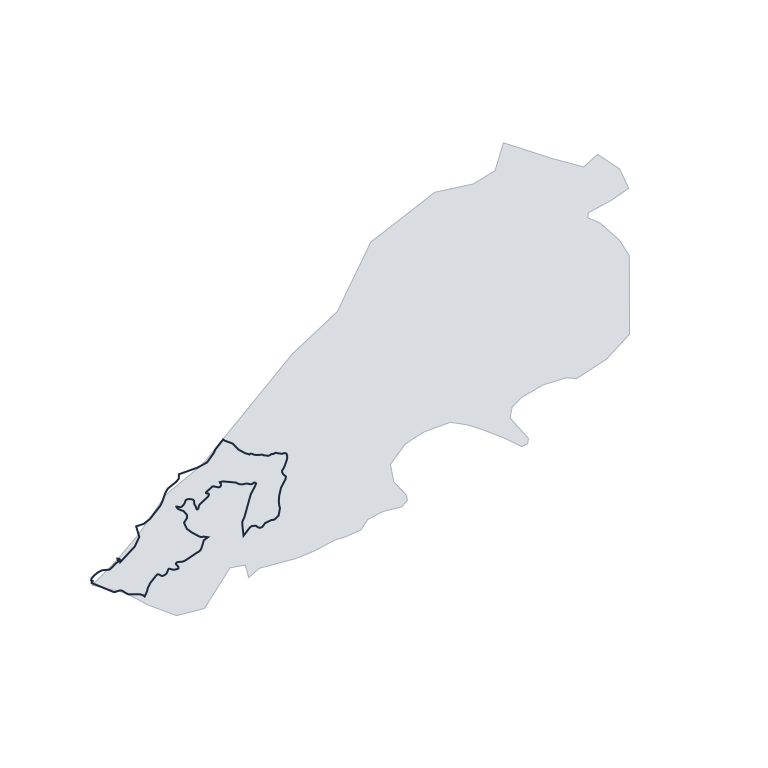 where South Lebanon sits in Lebanon, rotated 18°
{"feature_id": "LBN-3060", "entity_name": "South Lebanon", "entity_type": "Province", "adm_level": 1, "iso_a3": "LBN", "parent_name": "Lebanon", "parent_adm1": "", "projection": "albers", "projection_center": [35.407, 33.345], "detail": "fine", "context": "in_parent", "style": "outline", "palette": "slate", "viewbox_px": 768, "rotation_deg": 18, "n_neighbors": 0, "source": "natural_earth", "source_scale": "10m", "svg_char_len": 4210}
<svg xmlns="http://www.w3.org/2000/svg" viewBox="0 0 768 768"><g transform="rotate(18 384 384)"><path d="M423.0,117.7L474.0,117.6L506.8,115.9L516.2,99.6L541.8,106.7L556.2,122.3L543.5,138.9L525.4,158.1L526.5,162.9L540.2,164.4L563.4,174.4L577.7,186.2L602.1,260.7L587.9,291.7L565.4,319.4L555.2,321.9L535.4,335.8L518.8,354.6L513.0,366.4L514.4,377.4L538.2,391.1L539.0,396.6L534.1,401.0L514.9,398.2L490.2,397.0L475.6,397.1L458.7,400.0L437.2,417.0L427.6,428.2L422.5,435.4L414.9,458.4L423.6,474.1L439.9,482.9L442.2,487.5L438.7,495.5L422.6,505.4L410.5,517.7L407.1,530.0L393.7,542.0L385.3,547.7L369.6,564.1L354.0,577.3L322.3,597.8L315.1,610.0L308.1,599.0L294.3,606.5L282.6,652.9L258.3,668.4L228.0,667.1L202.6,662.6L168.5,665.5L182.4,638.5L196.8,603.5L211.1,556.1L236.0,516.9L287.6,383.6L317.2,329.6L327.6,253.0L373.2,185.9L407.3,166.0L423.7,146.7L423.0,117.7Z" fill="#d9dde1" stroke="#a8b0b8" stroke-width="1"/><path d="M222.0,660.1L220.5,659.4L216.9,659.4L205.9,663.0L203.8,662.8L199.6,661.7L197.8,661.6L195.9,662.3L192.6,664.9L191.3,665.4L167.5,663.6L167.5,663.0L167.9,661.5L166.5,661.7L166.1,661.2L166.1,660.3L165.9,659.2L167.7,655.3L170.4,651.3L173.6,648.2L180.2,645.4L182.3,641.9L184.1,637.9L186.2,634.9L184.4,632.5L186.2,632.2L187.1,632.6L188.2,634.9L197.2,615.6L198.5,605.0L192.3,596.0L198.7,591.3L203.1,584.7L208.8,569.2L209.5,564.5L209.7,555.0L210.8,550.1L216.2,542.0L218.1,537.6L216.9,533.2L232.3,521.3L240.0,513.2L243.3,502.7L243.9,498.2L248.2,486.4L249.7,487.1L258.4,487.4L266.0,491.4L273.3,492.7L276.5,492.6L277.7,492.7L278.1,492.3L278.4,491.7L278.9,491.4L279.7,491.2L282.6,491.4L284.7,490.9L288.2,489.6L288.7,489.3L289.8,488.9L290.5,488.8L292.1,488.9L294.1,488.4L295.4,488.3L296.0,488.1L297.4,487.1L297.8,486.7L298.4,485.6L298.8,485.2L300.1,484.9L300.6,484.6L301.0,484.2L301.3,483.7L301.7,483.2L302.2,482.9L302.8,482.8L304.2,482.7L306.9,482.2L307.6,482.1L308.3,482.0L309.0,481.7L309.7,481.0L310.7,480.5L311.6,480.2L312.9,480.5L314.1,482.2L315.0,485.0L314.9,492.1L314.6,495.1L314.0,497.2L313.9,498.3L314.4,499.4L315.7,500.7L316.7,501.3L318.2,501.8L319.3,502.3L319.5,503.7L319.8,504.6L318.1,514.6L318.9,523.0L320.1,527.6L320.6,529.0L322.1,532.2L323.4,534.1L324.4,541.7L322.0,546.3L320.8,547.4L319.0,548.1L313.9,553.0L312.7,556.8L312.4,557.5L311.6,558.4L310.7,559.0L309.0,559.3L308.0,559.1L307.3,558.9L306.8,558.6L306.1,558.4L305.5,558.5L304.9,558.7L303.9,559.3L303.3,559.5L302.1,559.9L300.6,562.3L297.3,571.7L292.7,561.5L291.8,558.6L292.4,553.9L291.4,530.9L291.4,529.9L292.9,521.2L293.1,518.2L292.9,518.0L292.7,517.9L292.2,517.7L291.5,517.7L290.7,518.0L290.1,519.0L289.5,519.7L288.8,520.3L288.0,520.6L287.2,520.7L285.5,520.8L284.6,521.0L283.7,521.3L280.4,523.2L278.7,523.7L277.8,523.9L275.9,523.9L273.7,523.5L260.9,526.4L258.1,528.1L258.5,528.6L259.3,528.9L259.9,529.6L260.3,530.6L260.0,532.3L259.3,533.0L258.5,533.4L256.6,533.7L253.3,534.0L252.5,534.6L251.7,535.7L251.1,537.1L248.7,541.0L248.2,542.2L248.4,542.7L249.0,542.9L250.5,542.5L251.2,542.6L251.6,543.1L251.7,543.9L251.6,544.8L251.4,545.6L246.0,555.3L245.6,557.0L245.9,560.0L245.4,560.9L244.8,561.1L244.2,560.7L243.5,559.7L243.1,559.1L242.6,558.5L241.3,557.4L240.6,556.7L240.3,556.0L239.7,554.4L239.3,553.7L238.2,553.1L236.7,553.0L233.7,553.8L232.3,554.6L231.5,555.5L231.3,556.3L231.2,557.8L231.3,558.3L231.1,559.3L230.8,560.6L229.8,562.8L228.9,563.8L227.8,564.3L225.0,564.5L224.4,564.8L224.7,565.2L225.3,565.7L226.1,566.1L226.9,566.5L227.8,566.6L231.1,566.8L231.8,566.7L232.6,566.8L235.8,568.6L236.6,569.2L237.3,569.9L238.1,572.2L236.7,577.8L241.3,582.7L247.1,584.6L254.9,586.0L256.8,586.1L258.0,585.9L259.4,584.9L263.9,584.1L261.1,588.0L260.9,590.0L261.1,591.4L261.1,597.2L260.6,599.1L259.6,600.8L258.3,602.1L250.1,612.6L248.4,614.3L247.0,615.4L245.1,616.1L243.9,616.6L242.2,617.6L241.7,618.5L241.6,619.3L242.1,619.9L242.8,620.3L243.6,620.6L244.4,621.1L245.1,621.7L245.5,623.0L245.0,623.5L242.2,625.3L241.2,625.7L240.4,625.9L237.7,625.9L236.4,626.2L236.1,627.1L235.9,630.7L235.4,632.1L234.6,633.2L233.3,634.5L232.8,634.9L232.2,635.2L231.4,635.2L229.2,634.7L227.6,634.8L226.7,636.1L223.1,645.8L223.0,646.6L222.9,648.2L222.5,649.9L222.4,650.7L222.5,652.6L222.7,653.5L222.4,657.5L222.0,660.1Z" fill="none" stroke="#1e293b" stroke-width="2"/></g></svg>